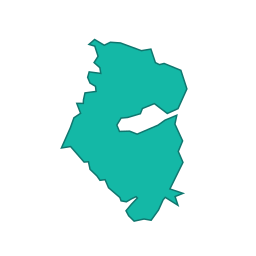 outline of Gothèye, Tillabéri, Niger, rotated 160°
{"feature_id": "23599985B45142923275636", "entity_name": "Gothèye", "entity_type": "district", "adm_level": 2, "iso_a3": "NER", "parent_name": "Niger", "parent_adm1": "Tillabéri", "projection": "natural_earth1", "projection_center": [1.28, 13.795], "detail": "fine", "context": "isolated", "style": "filled", "palette": "teal", "viewbox_px": 256, "rotation_deg": 160, "n_neighbors": 0, "source": "geoboundaries", "source_scale": "gbopen_adm2", "svg_char_len": 1038}
<svg xmlns="http://www.w3.org/2000/svg" viewBox="0 0 256 256"><g transform="rotate(160 128 128)"><path d="M58.6,164.1L72.0,176.3L76.8,176.8L79.9,180.1L79.5,194.3L89.0,196.1L106.0,210.5L115.2,214.6L122.0,213.9L129.1,222.6L136.1,219.9L131.2,216.3L131.6,205.6L137.5,201.1L133.8,194.3L134.9,188.6L145.3,194.0L148.6,189.4L148.3,183.2L144.3,178.3L145.5,173.3L156.4,175.7L160.2,169.7L161.6,166.4L167.7,168.7L167.5,158.0L175.3,156.1L182.2,147.8L197.4,132.0L188.3,130.2L180.9,111.0L176.7,109.8L177.8,102.1L173.6,93.6L172.2,88.4L167.2,87.3L166.7,78.5L159.4,65.5L159.4,61.9L154.8,59.2L148.5,60.3L143.9,60.7L143.1,59.0L150.8,55.2L158.2,50.9L157.4,45.3L154.1,38.4L144.1,37.0L137.8,33.4L127.4,40.5L119.6,48.5L116.7,50.1L107.5,38.3L107.2,47.5L98.7,47.8L109.5,56.4L88.1,76.9L88.8,88.8L81.1,97.2L82.6,115.6L77.8,123.3L90.6,122.7L98.8,120.4L121.5,119.1L127.6,124.5L137.2,127.7L137.5,134.6L131.1,139.7L124.7,138.0L111.5,137.2L107.8,141.4L94.9,141.9L86.1,128.2L74.4,129.1L59.3,144.6L58.6,164.1Z" fill="#14b8a6" stroke="#0f766e" stroke-width="1.5"/></g></svg>